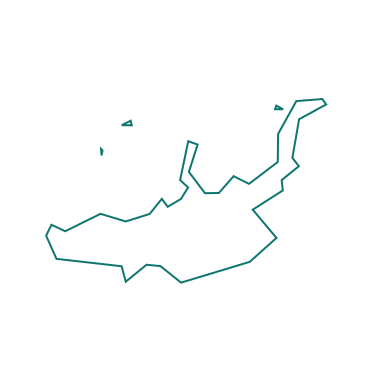 map outline of West New Britain (Robinson projection), rotated 345°
{"feature_id": "PNG-1257", "entity_name": "West New Britain", "entity_type": "Province", "adm_level": 1, "iso_a3": "PNG", "parent_name": "Papua New Guinea", "parent_adm1": "", "projection": "robinson", "projection_center": [149.97, -5.482], "detail": "coarse", "context": "isolated", "style": "outline", "palette": "teal", "viewbox_px": 384, "rotation_deg": 345, "n_neighbors": 0, "source": "natural_earth", "source_scale": "10m", "svg_char_len": 764}
<svg xmlns="http://www.w3.org/2000/svg" viewBox="0 0 384 384"><g transform="rotate(345 192 192)"><path d="M261.7,258.2L229.7,274.4L158.0,276.7L142.3,255.4L129.2,250.5L104.8,261.5L104.8,245.5L43.8,221.5L39.8,196.4L47.8,187.3L59.4,197.1L97.9,189.4L120.4,203.3L145.5,202.2L161.1,190.8L164.7,200.0L179.6,195.8L189.4,186.6L183.6,177.4L201.5,142.0L209.7,147.6L194.2,171.8L204.2,196.5L217.7,199.9L236.3,187.5L249.2,198.9L282.6,185.2L290.2,158.2L316.3,131.2L341.9,135.9L344.2,142.2L314.3,149.4L297.8,185.0L301.9,194.7L281.7,203.7L280.1,214.0L246.1,224.8L261.7,258.2ZM295.8,130.4L301.5,135.7L293.6,133.5L295.8,130.4ZM141.4,109.3L151.2,107.3L151.1,112.0L141.4,109.3ZM114.1,133.3L115.3,126.9L116.3,128.7L114.1,133.3Z" fill="none" stroke="#0f766e" stroke-width="2"/></g></svg>